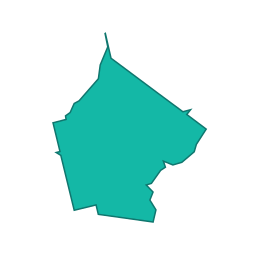 the district of Crawford, Georgia, United States of America, rotated 256°
{"feature_id": "52423323B69984552276574", "entity_name": "Crawford", "entity_type": "district", "adm_level": 2, "iso_a3": "USA", "parent_name": "United States of America", "parent_adm1": "Georgia", "projection": "robinson", "projection_center": [-83.966, 32.694], "detail": "fine", "context": "isolated", "style": "filled", "palette": "teal", "viewbox_px": 256, "rotation_deg": 256, "n_neighbors": 0, "source": "geoboundaries", "source_scale": "gbopen_adm2", "svg_char_len": 598}
<svg xmlns="http://www.w3.org/2000/svg" viewBox="0 0 256 256"><g transform="rotate(256 128 128)"><path d="M225.2,128.6L211.6,128.0L195.9,116.3L183.0,111.2L166.2,87.1L164.8,81.7L157.0,75.6L154.9,70.3L151.3,70.0L151.2,56.5L134.5,56.4L121.6,56.3L121.6,52.4L117.7,56.2L61.2,55.9L61.1,78.4L51.4,78.3L30.7,129.6L41.8,135.3L52.8,131.8L59.8,136.8L68.3,131.9L68.6,137.3L79.0,149.4L80.9,154.8L87.3,154.3L81.3,162.6L81.7,172.0L88.9,186.5L95.6,190.4L108.0,203.6L126.9,188.3L130.6,193.1L130.5,185.2L154.9,165.1L199.8,128.4L225.3,128.9L225.2,128.6Z" fill="#14b8a6" stroke="#0f766e" stroke-width="1.5"/></g></svg>